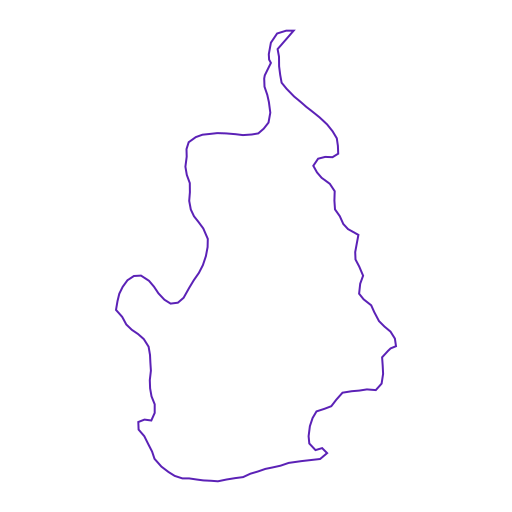 the district of VI-1 East Berbice/W.Canje, East Berbice-Corentyne, Guyana
{"feature_id": "73187651B47242148474539", "entity_name": "VI-1 East Berbice/W.Canje", "entity_type": "district", "adm_level": 2, "iso_a3": "GUY", "parent_name": "Guyana", "parent_adm1": "East Berbice-Corentyne", "projection": "robinson", "projection_center": [-57.533, 6.069], "detail": "fine", "context": "isolated", "style": "outline", "palette": "violet", "viewbox_px": 512, "rotation_deg": 0, "n_neighbors": 0, "source": "geoboundaries", "source_scale": "gbopen_adm2", "svg_char_len": 2113}
<svg xmlns="http://www.w3.org/2000/svg" viewBox="0 0 512 512"><path d="M211.5,480.8L217.9,481.3L226.6,479.5L235.3,478.1L243.1,477.1L250.4,473.7L257.9,471.5L265.4,468.9L272.3,467.5L280.5,465.7L288.7,462.9L301.5,461.1L320.1,459.0L327.1,453.1L322.1,448.1L315.5,450.1L309.3,443.5L308.6,436.2L309.9,426.1L312.6,418.0L316.5,411.4L324.5,408.8L331.3,406.2L336.3,399.7L342.5,392.7L351.8,391.2L359.2,390.6L366.9,389.4L375.8,390.1L381.6,383.6L383.1,373.9L382.7,365.7L382.1,357.3L387.9,351.0L390.6,348.4L396.0,346.2L394.9,338.6L390.5,331.6L384.5,326.6L379.0,321.1L374.2,312.0L371.2,305.3L363.6,299.3L359.1,293.7L360.2,283.7L363.1,275.7L359.2,266.5L355.5,259.5L355.2,252.1L356.6,244.5L358.4,234.9L348.0,229.1L343.3,224.0L339.8,216.2L335.0,209.4L334.4,200.6L334.7,191.2L329.8,183.8L321.6,177.8L317.0,172.4L313.3,165.8L318.1,158.7L325.2,156.9L332.5,157.2L338.2,153.7L337.9,145.9L336.8,138.3L332.6,131.3L327.1,124.4L319.5,117.3L311.9,111.2L306.2,106.8L301.1,102.3L294.1,96.5L286.5,88.7L281.6,82.7L280.2,74.9L279.1,66.3L279.0,56.7L277.6,49.1L293.6,30.7L286.1,30.7L277.1,33.5L270.9,42.7L268.8,54.2L269.1,59.6L270.9,62.9L264.8,75.3L264.2,78.5L264.5,86.7L267.3,94.9L268.9,102.1L270.3,112.7L268.5,122.6L263.7,128.7L258.3,133.4L251.8,134.5L242.9,135.1L235.6,134.2L226.0,133.4L217.3,133.1L210.2,133.9L202.5,134.7L195.8,137.1L188.7,142.2L186.5,149.1L186.7,156.7L185.4,166.7L186.8,174.9L189.8,183.1L189.9,192.3L189.2,200.9L190.8,209.5L194.0,216.3L198.6,222.1L203.3,228.5L207.8,238.9L207.6,247.1L205.9,256.1L202.9,265.1L198.9,272.9L193.8,280.2L189.1,288.0L183.6,297.8L177.9,302.7L170.6,303.6L164.4,299.7L158.4,293.3L154.0,286.7L149.0,280.8L141.0,275.6L133.9,276.0L127.5,280.2L122.7,286.8L119.3,293.7L117.5,301.1L116.0,309.9L122.2,316.9L126.3,324.5L131.8,329.8L138.0,334.0L143.8,339.1L148.6,346.7L150.0,354.9L150.4,362.9L150.9,370.7L149.8,380.1L150.1,388.3L151.5,396.3L154.7,404.3L154.7,412.9L151.3,420.5L144.5,419.6L138.3,422.0L138.6,429.6L144.3,436.2L148.3,444.2L152.1,451.6L154.5,458.8L161.4,466.6L168.5,472.0L174.7,475.9L182.4,478.4L189.1,478.4L196.6,479.5L203.3,480.4L211.5,480.8Z" fill="none" stroke="#5b21b6" stroke-width="2"/></svg>